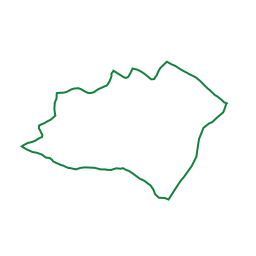 Esan South-East, Edo, Nigeria, rotated 40°
{"feature_id": "59680162B32427656470349", "entity_name": "Esan South-East", "entity_type": "district", "adm_level": 2, "iso_a3": "NGA", "parent_name": "Nigeria", "parent_adm1": "Edo", "projection": "orthographic", "projection_center": [6.432, 6.577], "detail": "fine", "context": "isolated", "style": "outline", "palette": "green", "viewbox_px": 256, "rotation_deg": 40, "n_neighbors": 0, "source": "geoboundaries", "source_scale": "gbopen_adm2", "svg_char_len": 2381}
<svg xmlns="http://www.w3.org/2000/svg" viewBox="0 0 256 256"><g transform="rotate(40 128 128)"><path d="M187.8,45.6L185.0,46.6L181.3,46.3L176.5,46.4L173.1,46.9L167.2,46.5L163.8,46.5L159.3,46.2L155.9,45.8L152.5,45.6L151.1,45.6L147.7,45.6L144.3,46.3L140.2,47.4L137.8,47.8L134.7,48.5L130.6,49.3L127.1,49.7L124.4,50.0L121.0,51.1L117.2,51.9L115.2,52.2L114.8,55.4L114.5,58.2L114.2,61.4L114.9,65.2L115.5,67.3L116.2,69.5L116.2,71.6L116.6,73.7L114.5,75.8L110.8,75.8L106.3,75.9L104.7,76.0L102.2,76.3L97.7,77.3L95.4,78.5L93.3,79.5L94.6,84.3L95.3,88.7L94.7,90.4L93.0,91.6L89.4,92.2L84.4,92.9L81.8,93.2L80.1,93.5L80.4,94.0L80.3,94.7L80.3,96.9L82.1,98.9L83.1,101.8L83.8,103.9L84.1,105.6L84.5,109.1L83.1,111.6L81.4,115.1L80.1,117.9L79.5,120.1L78.7,122.9L76.7,125.4L74.9,126.8L72.5,127.5L67.4,128.4L66.4,128.6L64.0,129.7L63.0,130.8L61.3,132.5L59.9,134.7L58.5,138.2L57.5,140.3L55.7,142.6L53.4,144.6L51.0,147.0L51.5,147.7L54.4,151.6L55.5,155.4L57.0,157.5L57.2,157.9L59.6,161.0L63.1,164.2L64.4,165.2L63.8,169.1L63.4,171.5L62.1,174.4L61.0,177.5L60.8,178.1L60.0,179.7L58.9,181.7L59.0,181.8L58.3,183.2L60.0,185.6L62.1,186.3L64.2,187.3L66.9,188.4L67.9,190.1L66.6,192.9L64.9,197.9L63.8,199.7L62.5,201.8L61.1,203.5L60.4,205.0L59.7,206.7L59.1,208.1L58.5,210.4L61.8,209.9L65.1,209.3L67.2,208.6L68.4,208.3L70.3,207.8L72.8,206.3L74.0,205.6L74.8,205.3L77.5,204.3L79.2,203.7L81.2,203.6L84.2,203.4L87.3,201.3L89.1,201.3L90.3,201.2L92.0,201.7L95.7,200.9L97.9,200.0L100.1,199.6L102.5,198.5L103.8,198.1L105.7,197.7L106.1,197.6L106.9,197.2L107.3,197.1L108.1,196.9L109.0,196.2L110.5,195.3L112.3,194.5L114.3,193.2L115.1,192.8L116.0,191.0L117.2,189.2L118.5,187.7L119.0,187.2L119.7,186.5L120.5,185.7L121.8,184.7L126.8,180.9L128.3,179.8L131.1,178.5L132.5,177.8L133.8,177.2L137.5,174.1L138.3,173.9L139.7,172.8L142.0,171.0L144.8,166.5L145.0,166.4L148.7,163.8L149.9,162.0L151.0,161.8L152.3,161.6L154.5,161.0L154.7,160.9L154.8,160.9L155.4,160.6L156.3,160.3L160.7,159.8L165.8,159.5L169.7,159.2L170.1,159.1L170.8,158.9L173.5,158.1L176.8,157.8L177.9,157.8L182.3,157.5L186.1,158.6L187.0,158.9L187.4,159.0L191.3,161.3L196.4,161.6L197.6,160.7L200.2,158.8L201.6,157.8L205.0,156.8L203.7,146.6L202.3,135.2L202.3,129.6L201.3,116.3L198.9,106.2L198.3,105.2L192.1,95.1L189.5,90.8L185.7,79.3L187.1,72.7L188.8,69.2L189.5,62.6L190.9,54.9L190.1,52.4L189.2,50.0L187.8,46.6L187.8,45.6Z" fill="none" stroke="#15803d" stroke-width="2"/></g></svg>